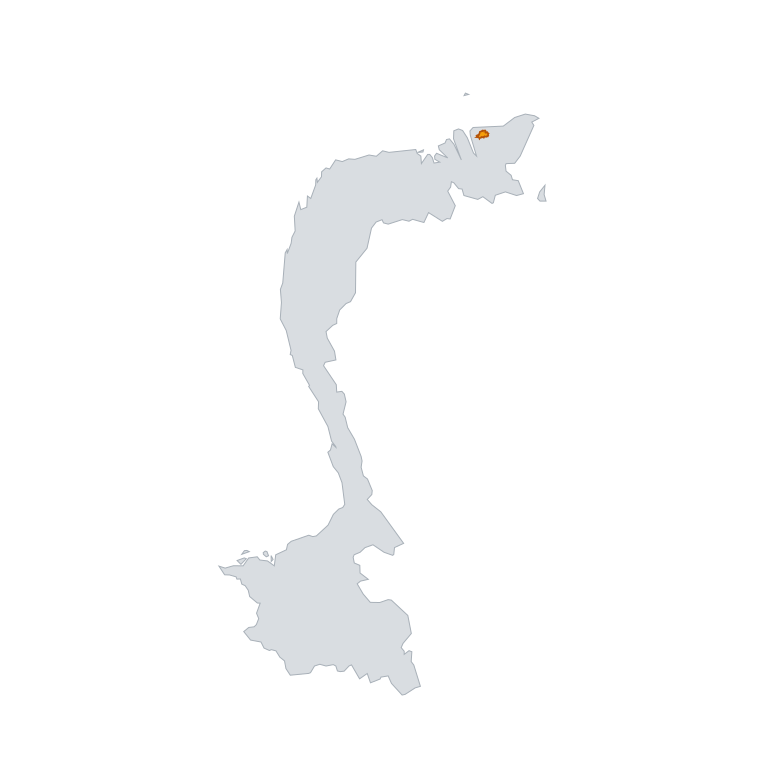 location of My Xuyen, Sóc Trăng, Vietnam, rotated 202°
{"feature_id": "81297802B12004492777163", "entity_name": "My Xuyen", "entity_type": "district", "adm_level": 2, "iso_a3": "VNM", "parent_name": "Vietnam", "parent_adm1": "Sóc Trăng", "projection": "albers", "projection_center": [105.88, 9.468], "detail": "fine", "context": "in_parent", "style": "filled", "palette": "amber", "viewbox_px": 768, "rotation_deg": 202, "n_neighbors": 0, "source": "geoboundaries", "source_scale": "gbopen_adm2", "svg_char_len": 6143}
<svg xmlns="http://www.w3.org/2000/svg" viewBox="0 0 768 768"><g transform="rotate(202 384 384)"><path d="M468.8,153.3L462.3,153.8L455.5,159.1L446.5,162.6L444.3,172.0L436.8,176.3L433.2,174.3L425.7,176.3L417.6,174.3L420.4,185.1L412.4,193.7L413.3,199.2L411.1,203.4L397.1,215.6L392.9,215.8L389.8,217.8L383.0,232.2L382.1,244.2L379.1,251.1L376.0,254.0L375.3,257.7L386.0,276.8L393.1,284.5L400.1,288.4L410.5,299.7L408.9,302.7L409.7,309.1L404.8,307.2L405.4,308.0L411.2,311.4L420.1,323.6L435.6,336.4L438.0,343.0L452.9,353.5L452.6,354.9L463.2,363.3L464.5,366.7L472.4,366.2L479.7,376.1L482.0,376.2L482.8,380.4L494.7,397.0L504.6,405.5L509.6,421.1L515.5,432.9L515.7,439.7L524.7,468.6L524.2,472.4L522.5,468.7L522.8,479.7L524.3,485.5L523.7,492.6L530.0,506.0L531.0,520.8L526.5,514.5L521.8,519.0L525.4,529.6L521.4,528.6L521.9,542.9L523.7,547.8L523.3,549.7L521.3,546.0L519.6,552.7L521.3,557.4L518.7,562.6L514.9,563.0L512.8,573.7L506.0,574.6L501.1,579.5L495.1,581.4L483.7,590.7L476.4,592.3L472.6,599.7L466.2,600.6L442.4,613.3L439.6,610.2L435.2,609.1L431.9,602.4L429.5,613.2L427.6,614.0L423.9,611.9L420.4,607.6L415.4,610.6L421.0,611.4L422.5,614.3L421.7,617.6L409.6,617.5L420.5,621.9L422.8,625.1L417.7,630.3L417.6,634.1L415.1,635.8L409.0,632.5L396.2,620.7L411.4,637.4L414.1,644.9L410.5,648.4L406.1,648.5L399.0,643.5L387.5,631.6L383.6,630.0L397.1,646.9L399.1,650.8L397.5,655.2L370.0,667.8L362.7,680.0L354.1,687.2L344.9,689.1L339.9,688.4L345.1,682.2L341.9,679.9L343.1,646.4L345.5,637.6L353.3,634.1L353.4,632.2L350.6,627.1L344.3,625.1L341.4,621.5L335.7,622.8L326.0,612.7L331.7,608.4L343.4,607.6L351.5,600.7L350.5,593.0L351.5,591.9L362.5,594.7L366.2,590.3L380.5,588.7L384.6,594.0L388.0,593.1L394.6,596.7L397.3,596.8L396.0,591.5L397.2,586.7L384.7,576.0L384.5,561.8L387.6,561.0L390.8,556.7L406.9,559.6L407.5,548.7L419.2,547.4L421.8,544.3L428.6,543.3L440.0,533.8L444.8,533.2L447.4,535.6L452.0,531.2L454.0,523.9L450.6,503.5L455.8,486.5L444.6,457.9L445.9,447.8L449.3,444.4L452.8,436.1L452.3,426.9L450.5,422.4L453.5,419.2L457.4,410.9L453.8,405.3L442.2,395.9L437.6,388.3L446.7,382.1L446.9,378.3L428.0,365.5L424.8,358.8L420.3,361.4L417.0,359.8L412.5,353.3L410.7,340.7L407.6,338.7L401.3,329.9L390.7,321.7L378.1,308.3L375.5,304.4L374.0,298.2L368.7,291.1L363.7,289.7L355.0,280.8L353.9,277.0L356.3,270.7L350.1,267.5L339.1,264.3L306.1,243.6L313.0,236.3L311.1,229.6L311.8,228.4L320.9,228.0L334.0,230.8L340.3,225.2L343.1,219.1L347.7,214.5L347.7,211.8L344.5,206.9L338.5,206.8L335.4,199.8L325.4,197.0L332.0,192.4L334.0,188.7L324.7,181.5L314.9,176.4L306.1,179.8L299.4,185.6L296.3,186.4L275.2,178.3L265.2,162.9L269.2,150.6L269.3,146.0L265.2,143.8L264.0,140.9L260.9,146.1L257.9,146.2L254.8,136.8L251.1,134.6L237.0,117.3L241.3,113.9L248.2,104.1L250.7,102.4L264.9,109.2L270.8,114.9L277.0,111.1L277.1,109.0L284.6,101.9L291.1,109.3L296.2,101.5L308.9,111.4L310.8,109.5L313.4,102.8L316.9,100.9L319.7,100.5L323.0,104.5L325.9,104.8L332.1,100.8L338.5,100.1L342.8,96.5L344.0,88.8L345.5,87.4L361.8,78.9L368.3,83.4L372.5,90.0L378.2,91.7L384.2,96.1L388.9,95.5L390.4,94.0L396.3,94.2L401.4,98.7L411.8,96.6L421.3,101.9L418.2,107.6L413.5,110.2L412.2,113.1L412.3,119.6L416.3,123.7L416.7,134.4L419.4,133.5L428.9,136.6L432.6,141.9L437.2,145.0L440.9,145.2L444.1,149.4L447.3,148.0L448.9,149.8L455.6,149.1L460.3,147.4L468.8,153.3ZM311.1,613.5L311.6,620.4L309.2,628.6L306.5,619.6L302.3,614.3L307.9,612.0L311.1,613.5ZM454.1,165.3L448.4,170.4L446.2,170.4L449.1,163.2L454.1,165.3ZM431.5,184.6L429.8,184.8L426.7,181.5L428.4,179.7L432.0,180.9L432.8,182.4L431.5,184.6ZM451.0,177.2L448.8,178.3L446.1,178.1L452.1,172.8L451.0,177.2ZM422.1,177.2L424.4,182.6L421.1,179.8L422.1,177.2ZM439.6,611.3L435.1,615.9L434.8,613.7L439.6,611.3ZM417.5,684.2L414.0,684.2L417.8,681.4L417.5,684.2Z" fill="#d9dde1" stroke="#a8b0b8" stroke-width="1"/><path d="M383.7,649.8L383.7,650.0L383.8,650.1L384.0,650.3L384.3,650.6L384.2,650.7L383.7,650.7L383.4,650.8L383.3,651.3L383.2,651.3L383.2,651.5L383.0,651.4L383.0,651.2L382.9,651.2L382.3,651.3L382.0,651.4L381.8,651.5L381.5,651.6L381.5,651.8L381.4,651.8L381.4,652.1L381.3,652.3L381.3,652.5L381.2,652.5L380.9,652.5L381.0,652.7L380.9,652.7L380.8,652.8L380.7,652.8L380.8,653.0L380.8,653.3L380.7,653.3L380.7,653.2L380.7,653.3L380.6,653.5L380.4,653.6L380.5,653.8L380.8,653.9L380.9,654.0L381.0,654.1L381.1,654.3L381.0,654.5L381.5,654.9L381.8,655.0L381.7,655.0L381.4,655.3L381.5,655.3L381.5,655.5L381.8,655.7L382.0,655.7L381.9,655.8L382.0,655.9L382.1,656.0L382.3,656.1L382.6,656.0L382.8,656.2L382.9,656.3L383.0,656.3L383.1,656.2L382.9,656.1L383.0,656.0L383.1,655.9L383.2,655.7L383.3,655.6L383.2,655.4L383.3,655.3L383.5,655.3L383.8,655.3L383.8,655.1L383.7,655.1L383.8,655.0L384.0,654.9L384.1,655.0L384.3,655.1L384.4,655.3L384.4,655.5L384.5,655.5L384.7,655.8L384.6,656.1L384.7,656.4L384.8,656.5L384.8,656.8L385.0,656.8L385.1,657.0L385.3,656.9L385.7,656.8L385.8,656.7L386.0,656.5L386.1,656.4L386.4,656.4L386.6,656.2L386.8,656.2L387.0,656.1L387.4,656.1L387.5,656.1L387.6,655.8L387.8,655.7L387.7,655.5L387.6,655.4L387.8,655.4L387.8,655.2L387.7,655.2L387.8,655.0L388.0,654.8L388.4,654.8L388.5,654.8L388.6,654.7L388.6,654.4L388.9,654.2L389.0,654.1L389.4,654.0L389.5,653.9L389.4,653.8L389.5,653.7L389.6,653.4L389.5,652.8L389.5,652.7L389.4,652.5L389.4,652.4L389.4,652.2L389.5,652.0L389.5,651.9L389.4,651.9L389.2,651.9L389.2,651.7L389.5,651.6L389.5,651.4L389.4,651.3L389.4,651.1L389.5,650.9L389.3,650.7L389.2,650.7L389.2,650.4L389.3,650.2L389.5,650.1L389.7,649.9L389.9,649.7L389.7,649.4L389.8,649.3L389.8,649.2L390.0,649.2L390.3,649.2L390.4,649.3L390.5,649.3L390.5,649.2L390.6,649.3L390.8,649.3L390.7,649.4L390.7,649.5L390.8,649.4L390.8,649.5L390.9,649.4L391.0,649.3L390.8,648.8L390.7,648.6L390.7,648.4L390.7,648.2L390.4,648.0L390.4,647.9L390.5,647.9L390.7,647.6L390.2,647.8L390.1,647.6L389.5,647.8L389.2,648.4L388.6,648.2L388.1,647.8L387.7,647.4L387.7,647.5L387.5,647.8L387.4,647.7L387.4,647.8L387.2,647.9L387.2,648.0L387.0,648.3L386.9,648.3L386.3,648.7L386.3,648.8L386.2,649.0L385.9,649.6L386.0,649.7L385.7,649.8L385.3,649.9L385.3,649.7L385.2,649.8L384.9,649.8L384.9,649.7L384.6,649.7L384.4,649.7L384.2,649.7L383.9,649.7L383.9,649.8L383.7,649.8Z" fill="#f59e0b" stroke="#b45309" stroke-width="1.5"/></g></svg>